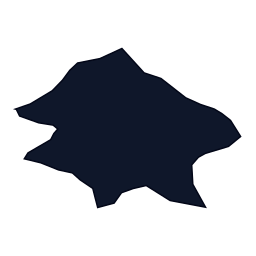 an SVG outline of Riga
{"feature_id": "LVA-1094", "entity_name": "Riga", "entity_type": "Republican City", "adm_level": 1, "iso_a3": "LVA", "parent_name": "Latvia", "parent_adm1": "", "projection": "robinson", "projection_center": [24.094, 56.981], "detail": "fine", "context": "isolated", "style": "filled", "palette": "ink", "viewbox_px": 256, "rotation_deg": 0, "n_neighbors": 0, "source": "natural_earth", "source_scale": "10m", "svg_char_len": 673}
<svg xmlns="http://www.w3.org/2000/svg" viewBox="0 0 256 256"><path d="M15.4,109.1L30.2,104.0L52.2,90.8L62.5,80.2L69.8,70.3L77.6,63.0L99.9,58.6L121.9,48.5L144.1,72.9L150.2,74.9L161.0,78.5L185.7,97.8L200.3,104.4L214.4,109.1L222.1,113.8L230.5,120.4L240.6,136.5L228.5,146.4L205.3,153.4L198.4,157.2L191.7,164.9L192.8,184.3L205.5,207.2L170.1,200.5L146.2,185.5L133.2,188.5L121.5,192.7L116.8,199.3L114.1,203.1L107.7,204.8L97.7,207.5L95.1,197.5L92.8,188.4L80.2,179.9L72.4,172.9L58.5,169.9L40.8,162.8L24.3,158.8L28.0,152.9L50.7,139.7L53.9,133.5L57.8,129.0L53.1,125.1L38.7,122.8L31.1,120.1L19.6,116.0L16.4,109.4L15.4,109.1Z" fill="#0f172a" stroke="#020617" stroke-width="1.5"/></svg>